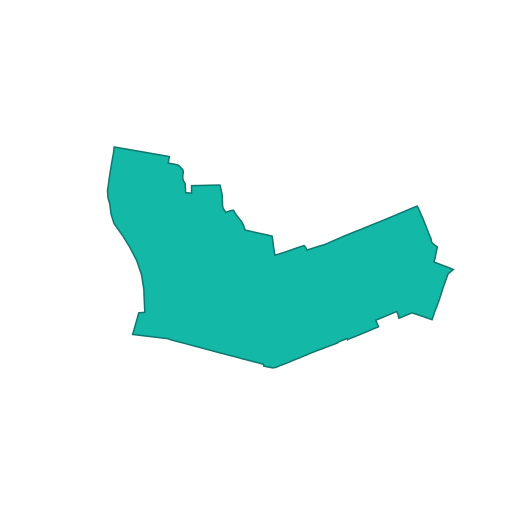 the district of Vedea, Giurgiu, Romania, rotated 127°
{"feature_id": "2599482B51909863572758", "entity_name": "Vedea", "entity_type": "district", "adm_level": 2, "iso_a3": "ROU", "parent_name": "Romania", "parent_adm1": "Giurgiu", "projection": "mercator", "projection_center": [25.749, 43.774], "detail": "fine", "context": "isolated", "style": "filled", "palette": "teal", "viewbox_px": 512, "rotation_deg": 127, "n_neighbors": 0, "source": "geoboundaries", "source_scale": "gbopen_adm2", "svg_char_len": 5866}
<svg xmlns="http://www.w3.org/2000/svg" viewBox="0 0 512 512"><g transform="rotate(127 256 256)"><path d="M254.3,434.9L259.5,431.8L269.1,427.0L283.0,419.6L283.3,419.4L284.3,418.8L293.1,414.0L293.5,413.7L298.7,409.1L302.4,404.1L309.6,397.2L315.6,388.8L320.2,374.1L322.9,367.4L323.3,366.3L325.0,362.0L331.5,348.4L339.9,336.1L348.9,326.8L349.2,326.5L350.0,325.6L350.6,325.1L353.9,322.5L362.0,315.8L367.9,310.9L371.9,315.4L392.9,307.3L374.7,276.0L374.7,275.6L374.6,275.1L374.5,274.4L374.3,274.0L374.1,273.5L373.6,272.1L371.6,267.2L371.0,265.8L370.0,263.4L369.7,262.7L368.9,260.8L368.3,259.3L367.6,257.5L366.4,254.6L366.0,253.5L365.0,251.0L364.5,249.9L363.2,246.7L361.5,242.4L360.9,241.0L360.2,239.2L358.3,234.5L358.0,233.7L356.7,230.5L356.4,229.7L355.1,226.5L354.3,224.8L354.0,224.0L353.9,223.7L353.1,221.7L352.3,219.7L352.0,218.9L351.3,217.3L349.4,212.9L349.1,212.1L348.8,211.3L348.5,210.6L348.1,209.6L347.5,208.2L347.1,207.2L346.8,206.2L346.2,204.7L345.8,203.8L345.2,202.5L344.8,201.5L344.2,199.9L343.6,198.6L343.0,197.2L342.6,196.0L342.0,194.6L341.3,193.1L340.9,192.1L340.1,190.2L339.8,189.4L339.5,188.7L339.2,187.9L338.6,186.4L338.0,185.0L339.0,183.9L339.3,183.6L338.8,182.5L338.0,180.8L337.5,179.7L337.2,179.2L336.2,177.1L335.8,176.4L335.5,175.6L334.3,174.3L333.6,173.6L333.2,173.2L330.8,171.8L329.0,170.8L326.6,169.2L325.0,168.3L324.0,167.6L322.0,166.4L320.4,165.4L319.4,164.9L317.1,163.6L315.5,162.6L311.2,160.0L310.7,159.6L310.1,159.3L309.1,158.8L308.7,158.5L308.2,158.2L307.8,157.9L307.4,157.7L306.6,157.3L305.5,156.7L304.9,156.2L303.9,155.7L302.7,155.0L302.1,154.7L301.1,154.1L300.5,153.8L299.3,153.0L298.5,152.5L298.1,152.2L297.6,151.9L297.2,151.7L296.9,151.5L295.8,150.9L295.2,150.5L293.0,149.1L291.8,148.3L290.4,147.4L288.9,146.4L287.3,145.5L285.2,144.1L284.4,143.6L283.5,143.1L282.6,142.5L281.5,141.7L280.7,141.3L279.9,140.7L278.0,139.6L277.4,139.2L276.5,138.7L276.0,138.4L275.7,138.5L275.4,138.4L275.1,138.4L274.9,138.3L274.6,138.1L273.3,137.4L269.1,134.8L267.7,134.1L267.5,133.9L267.4,133.6L267.4,133.4L267.8,132.6L267.6,132.6L267.1,132.4L266.6,132.1L265.8,131.5L264.8,131.0L263.7,130.3L261.9,129.1L260.9,128.5L259.6,127.7L258.8,127.3L257.6,126.5L256.4,125.8L254.9,125.0L249.2,121.6L246.9,120.3L245.3,119.3L243.2,118.2L242.3,117.6L241.9,117.4L241.4,117.1L241.0,116.9L240.3,116.4L239.6,116.0L239.1,115.7L238.7,115.5L235.3,121.7L215.6,110.2L218.1,105.8L218.5,106.1L219.1,105.2L219.7,104.4L218.6,103.7L218.4,103.6L217.6,103.2L215.8,102.1L215.0,101.6L213.7,100.9L211.4,99.5L208.3,97.7L208.0,97.5L207.7,97.2L207.4,96.7L207.1,95.8L205.5,91.2L204.4,87.8L204.0,86.7L203.4,85.1L203.1,83.8L202.5,82.0L202.0,80.4L200.9,77.1L200.3,77.3L197.1,78.3L195.6,78.8L194.3,79.3L192.9,79.7L190.6,80.3L190.3,80.4L189.7,80.6L188.6,80.9L187.4,81.3L185.6,81.8L184.1,82.3L181.2,83.1L180.1,83.5L179.5,83.7L176.4,84.8L175.0,85.2L173.8,85.6L172.9,86.0L171.8,86.4L170.7,86.8L168.2,87.6L166.9,88.1L163.7,89.1L162.3,89.5L156.7,91.2L155.5,91.6L155.1,91.7L154.9,91.8L154.7,91.8L154.1,91.7L153.6,91.6L150.3,90.8L148.7,90.5L148.1,90.3L148.4,91.8L148.6,92.8L149.0,94.1L149.9,97.2L150.8,100.2L151.7,103.3L152.5,106.3L153.0,108.0L153.3,108.9L153.6,110.1L153.4,110.3L152.2,110.8L151.3,111.1L150.9,111.3L150.6,111.4L150.1,111.6L148.1,112.6L147.5,112.9L146.5,113.4L145.6,113.8L144.5,114.4L144.1,114.6L143.2,115.0L141.9,115.6L141.0,116.0L140.2,116.3L139.9,116.4L139.8,116.5L139.7,116.7L139.7,116.8L139.7,117.1L139.7,118.2L139.7,118.9L139.7,119.6L139.7,121.5L139.6,122.4L139.6,122.9L139.6,123.3L139.5,123.5L139.2,124.0L138.9,124.4L138.1,125.3L137.7,125.7L137.4,126.0L137.1,126.4L136.8,126.8L136.3,127.5L136.1,128.0L135.6,128.9L135.5,129.1L135.2,129.6L134.9,130.0L134.7,130.4L134.1,131.4L134.0,131.5L133.8,132.2L133.5,132.5L133.3,132.7L133.1,133.0L132.8,133.4L132.6,133.8L132.4,134.2L132.1,134.6L131.9,135.1L130.7,137.0L130.2,137.8L129.5,138.8L129.2,139.3L129.1,139.6L128.4,140.7L126.5,143.9L125.8,144.9L125.6,145.3L125.5,145.5L124.7,146.8L123.9,148.4L123.8,148.6L123.5,149.1L122.9,150.1L121.3,153.0L120.0,155.5L119.1,157.3L120.2,158.0L122.7,159.5L123.9,160.2L149.3,174.9L153.9,177.7L155.8,178.8L158.2,180.3L160.1,181.4L161.2,182.1L162.3,182.8L163.7,183.5L166.0,185.0L167.2,185.7L168.5,186.5L170.0,187.3L170.3,187.5L171.5,188.2L173.2,189.2L174.7,190.2L176.3,191.2L179.3,193.0L180.1,193.5L180.3,193.6L187.5,197.9L193.0,200.9L196.9,203.2L203.1,206.6L205.0,207.7L210.8,212.0L220.6,218.9L220.3,219.4L220.1,219.9L219.5,221.0L219.3,221.3L219.1,222.2L218.9,223.0L218.7,223.9L218.9,224.0L220.7,225.3L222.7,226.7L225.2,228.4L228.2,230.4L229.6,231.3L231.8,232.8L234.6,234.6L236.4,235.9L237.6,236.7L244.0,241.4L241.6,243.9L240.5,245.0L238.0,247.6L236.9,248.7L236.4,249.0L235.9,249.5L235.3,250.2L234.6,250.9L234.2,251.3L230.5,255.0L230.4,255.1L230.7,255.7L230.9,256.3L231.2,256.8L231.5,257.5L231.9,258.5L232.9,260.8L234.4,263.9L234.8,264.8L236.4,268.2L237.3,270.2L238.8,273.6L240.4,277.2L241.2,279.0L241.3,279.1L241.9,280.3L241.7,280.5L241.3,281.1L240.5,282.2L239.5,283.8L238.3,285.8L237.7,287.1L237.3,288.0L236.4,291.2L236.2,292.0L235.7,294.0L235.1,296.1L234.6,297.9L234.2,298.8L233.8,299.7L233.3,300.7L233.1,301.3L233.0,301.6L233.4,302.0L234.1,302.5L235.1,303.5L235.7,304.0L236.4,304.4L237.4,305.1L237.8,305.4L238.6,305.9L239.3,306.5L239.2,307.0L239.0,307.3L238.9,307.6L238.3,309.0L238.0,310.1L237.8,310.7L237.7,310.9L237.3,311.5L235.8,313.1L227.7,319.6L221.0,327.5L238.6,349.8L244.6,345.3L247.8,350.4L244.5,352.9L242.7,354.7L241.5,355.5L241.0,356.1L240.7,356.5L240.5,356.8L240.3,357.4L240.1,357.8L240.0,358.4L239.9,358.7L239.7,359.1L239.6,359.5L238.7,360.4L238.1,361.1L236.4,362.5L235.1,363.3L233.0,364.3L232.6,364.7L231.7,365.6L231.3,366.4L230.9,367.7L230.8,368.2L230.5,369.8L230.3,371.2L230.3,371.7L230.3,372.0L230.2,372.5L230.3,372.8L230.4,373.3L230.7,374.0L231.6,376.0L232.2,377.3L233.0,379.0L234.7,381.9L228.8,385.1L231.3,390.1L254.3,434.9Z" fill="#14b8a6" stroke="#0f766e" stroke-width="1.5"/></g></svg>